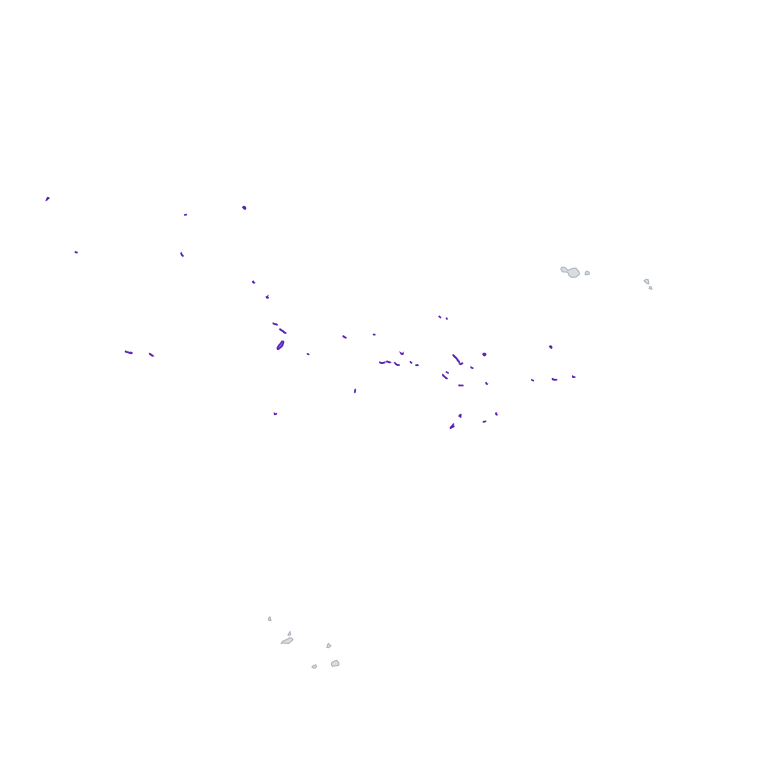 French Polynesia, with Tuamotu-Gambier highlighted, rotated 166°
{"feature_id": "PYF-4965", "entity_name": "Tuamotu-Gambier", "entity_type": "state/province", "adm_level": 1, "iso_a3": "PYF", "parent_name": "French Polynesia", "parent_adm1": "", "projection": "albers", "projection_center": [-142.294, -18.652], "detail": "fine", "context": "in_parent", "style": "filled", "palette": "violet", "viewbox_px": 768, "rotation_deg": 166, "n_neighbors": 0, "source": "natural_earth", "source_scale": "10m", "svg_char_len": 7469}
<svg xmlns="http://www.w3.org/2000/svg" viewBox="0 0 768 768"><g transform="rotate(166 384 384)"><path d="M178.7,448.1L183.7,449.6L184.7,452.3L183.7,454.2L181.2,453.8L179.9,452.9L178.0,449.7L173.2,450.6L169.8,450.1L167.8,445.9L167.7,444.0L168.4,442.8L171.9,441.4L176.4,442.1L178.2,444.5L178.7,448.1ZM539.4,155.3L544.7,157.2L546.4,157.1L544.7,158.9L539.3,159.8L537.5,160.6L535.3,160.0L534.2,157.9L539.4,155.3ZM501.8,126.5L498.3,127.3L496.6,127.2L495.3,124.2L495.8,122.4L496.4,121.9L502.4,122.6L502.9,124.0L502.8,125.2L501.8,126.5ZM105.1,421.9L103.8,422.0L102.5,421.5L102.6,417.8L102.9,417.0L104.9,418.2L106.7,421.3L105.1,421.9ZM161.5,443.6L160.4,444.5L158.9,443.9L158.3,443.1L158.0,442.1L158.3,440.9L161.5,441.0L162.4,441.4L161.5,443.6ZM520.6,127.9L518.2,128.1L517.8,126.3L518.6,125.4L519.6,125.0L521.4,125.6L522.3,126.3L522.2,127.0L520.6,127.9ZM501.5,145.0L500.7,145.7L499.3,143.5L499.0,142.6L501.7,141.5L503.1,142.1L501.5,145.0ZM310.1,395.0L310.3,395.6L309.6,395.6L308.2,393.7L307.7,392.2L306.9,390.4L305.7,389.1L305.6,387.9L305.5,386.0L306.9,388.9L308.1,391.2L309.0,393.1L310.1,395.0ZM472.4,449.6L472.6,450.3L471.3,450.2L471.0,450.0L471.0,448.7L471.9,447.1L472.6,445.8L474.1,444.6L476.7,443.4L478.0,442.9L478.4,443.2L477.9,443.4L473.6,445.9L472.2,447.7L471.6,449.0L471.7,449.4L472.4,449.6ZM552.2,185.0L550.9,185.6L550.9,181.7L552.6,182.5L553.2,183.1L552.9,184.2L552.2,185.0ZM471.6,461.7L471.8,462.7L470.6,462.1L469.4,460.2L467.2,457.9L466.7,457.0L468.4,457.9L469.4,459.2L471.6,461.7ZM102.8,414.0L102.1,414.3L101.4,413.7L101.1,412.7L101.2,411.1L103.0,412.0L103.7,412.7L102.8,414.0ZM537.9,163.7L535.2,166.5L535.2,163.5L536.2,163.1L537.1,163.1L537.9,163.7ZM627.3,477.9L626.6,478.6L626.5,477.9L625.6,477.5L624.3,476.6L622.5,475.7L621.5,475.5L621.0,475.0L621.7,474.7L622.8,475.2L624.4,476.0L626.2,476.9L627.3,477.9ZM325.0,377.5L324.8,379.2L324.1,377.6L321.9,375.1L321.1,374.0L322.1,374.2L325.0,377.5ZM476.5,468.7L477.0,470.0L476.1,469.4L473.5,468.1L473.2,467.0L476.5,468.7ZM381.4,404.6L383.3,406.4L380.8,405.2L377.6,404.7L378.8,404.4L380.5,404.4L381.4,404.6ZM376.8,405.2L375.5,405.4L372.1,403.3L373.4,403.3L375.3,404.6L376.8,405.2ZM604.2,469.8L604.2,470.5L601.0,466.9L602.3,467.2L604.2,469.8ZM549.6,559.8L548.6,560.4L548.9,559.5L548.2,557.5L547.5,557.2L548.2,556.6L549.3,558.2L549.6,559.8ZM413.6,385.5L413.0,385.9L413.8,383.0L414.7,382.7L413.6,385.5Z" fill="#d9dde1" stroke="#a8b0b8" stroke-width="1"/><path d="M476.9,446.9L475.3,447.9L474.2,448.7L473.2,449.7L472.9,449.9L472.3,449.9L471.8,449.8L471.5,449.6L471.4,449.1L471.6,448.7L472.0,447.8L472.7,447.1L473.4,445.8L474.6,445.0L477.2,443.9L477.9,443.4L478.8,443.5L479.0,444.2L478.7,445.0L478.0,445.6L476.9,446.9ZM475.9,587.8L476.5,587.3L477.2,587.8L478.2,589.5L477.3,590.1L476.3,589.7L475.8,588.9L475.9,587.8ZM278.6,387.6L279.6,387.2L280.3,387.7L280.7,388.6L280.3,389.5L279.3,389.4L278.5,389.0L278.1,388.4L278.6,387.6ZM310.3,395.6L309.6,395.2L308.6,393.2L307.7,392.2L306.9,390.4L306.4,388.6L305.8,387.8L305.5,386.0L305.6,386.6L305.9,387.4L306.3,388.2L306.7,388.5L306.9,388.9L307.2,390.8L307.4,391.2L307.5,391.5L309.0,393.1L309.9,395.2L310.3,395.6ZM213.4,380.6L212.7,380.2L212.4,379.3L212.5,378.6L212.9,378.3L213.1,378.5L213.5,379.3L213.8,379.6L214.1,379.9L214.1,380.2L213.8,380.5L213.4,380.6ZM325.9,328.7L327.6,327.0L329.2,326.1L329.9,325.3L329.1,325.7L327.6,325.8L325.9,326.3L326.5,325.9L327.3,325.6L328.9,325.5L329.6,325.1L330.0,324.9L330.2,325.1L330.2,325.4L330.1,325.6L329.4,326.2L328.3,326.8L328.0,327.0L327.6,327.2L326.5,328.3L325.9,328.7ZM471.8,462.8L471.0,461.5L469.4,460.2L468.6,458.7L468.2,458.3L466.7,457.0L467.0,457.2L468.4,457.9L469.3,459.5L470.0,460.3L470.9,461.0L471.6,461.8L471.8,462.8ZM664.3,645.3L665.0,645.3L666.1,644.4L666.9,644.2L666.6,644.7L665.4,646.1L665.1,646.1L664.8,645.9L664.3,645.6L664.3,645.3ZM219.5,348.9L219.2,348.4L218.8,347.9L218.1,347.4L217.2,346.9L214.9,346.3L216.4,346.4L217.9,346.7L219.2,347.5L219.5,348.9ZM383.3,406.4L380.9,404.8L379.1,404.9L377.6,404.7L380.5,404.5L381.4,404.7L382.1,405.2L383.3,406.4ZM604.2,470.5L601.0,466.9L601.9,467.4L602.9,468.4L603.9,469.5L604.2,470.5ZM324.8,379.2L324.1,377.6L322.2,374.7L321.1,374.0L322.1,374.2L322.6,374.8L323.5,376.5L324.4,377.5L324.7,378.2L324.8,379.2ZM368.3,401.8L368.1,401.7L367.2,400.1L366.1,399.3L364.9,398.9L364.2,398.6L364.3,398.6L365.0,398.8L366.1,398.9L366.7,399.2L367.7,400.3L368.1,401.0L368.3,401.8ZM626.6,478.7L626.6,478.4L626.6,478.2L626.5,477.9L626.3,477.6L626.0,477.4L625.6,477.2L624.6,476.8L624.3,476.7L624.1,476.5L623.9,476.3L623.6,476.0L622.0,475.0L621.6,474.9L621.5,475.1L621.5,475.4L621.5,475.5L621.4,475.4L621.3,475.2L621.2,475.1L621.7,474.8L622.8,475.2L623.8,475.9L624.3,476.5L626.0,477.2L626.9,477.9L626.6,478.7ZM411.4,440.9L411.8,440.2L409.3,437.7L410.2,438.2L411.4,439.1L412.1,440.1L411.4,440.9ZM305.5,385.0L302.2,385.3L304.0,384.6L304.9,384.5L305.5,385.0ZM319.3,334.3L318.9,334.8L318.3,335.3L317.6,335.6L317.0,335.8L316.9,335.4L317.2,334.4L318.0,332.8L317.4,334.6L317.2,335.5L317.9,335.3L319.3,334.3ZM376.8,405.2L375.1,405.1L373.7,404.0L372.3,403.3L373.5,403.5L375.5,405.0L376.8,405.2ZM310.6,364.1L311.1,364.1L311.4,364.2L311.5,364.4L311.3,364.7L310.6,364.2L308.3,363.8L307.3,363.2L309.7,363.9L310.6,364.1ZM485.4,513.6L485.6,513.5L486.0,513.7L486.4,514.0L486.6,514.4L486.6,514.9L486.3,515.2L485.9,515.3L485.4,515.4L486.0,515.0L486.3,514.6L486.2,514.2L485.4,513.6ZM651.9,587.2L649.6,585.6L650.4,585.7L651.0,586.0L651.5,586.5L651.9,587.2ZM548.6,560.5L549.1,559.9L549.2,559.5L548.4,557.3L548.3,557.1L548.1,557.0L547.5,557.2L548.0,557.0L548.2,556.9L548.4,557.0L549.1,558.2L549.3,559.8L548.6,560.5ZM477.0,470.0L476.9,469.9L476.7,469.5L476.2,469.1L474.2,468.1L473.6,467.6L473.3,467.2L473.2,467.0L474.1,467.7L476.5,469.1L476.7,469.5L477.0,470.0ZM199.0,345.8L198.3,345.0L196.7,344.4L197.6,344.5L198.5,344.8L199.2,345.2L199.0,345.8ZM281.8,329.1L282.2,328.3L282.4,327.5L281.3,326.8L282.3,326.9L282.7,327.6L282.6,328.4L281.8,329.1ZM358.3,408.6L359.2,408.4L359.8,408.8L360.1,409.5L360.2,409.9L359.8,409.5L359.4,408.8L358.8,408.5L358.1,409.2L358.1,408.9L358.3,408.6ZM475.0,496.1L475.9,495.5L476.8,496.0L477.1,496.8L476.2,497.1L476.8,496.4L476.4,496.0L475.6,495.9L475.0,496.1ZM497.4,381.6L497.1,381.1L496.2,381.0L495.2,381.6L495.9,380.9L496.8,380.8L497.5,381.0L497.4,381.6ZM348.9,394.8L347.7,394.4L347.0,394.5L346.7,394.1L346.9,394.1L347.0,394.2L347.0,394.3L347.5,394.1L348.1,394.2L348.5,394.5L348.9,394.8ZM413.0,385.9L413.3,385.1L413.7,384.2L414.2,383.3L414.7,382.7L413.0,385.9ZM296.2,324.0L296.3,323.3L295.7,323.2L293.8,323.3L295.7,323.0L296.6,323.1L296.2,324.0ZM314.5,436.8L312.6,434.4L313.1,434.8L313.6,435.3L314.5,436.8ZM295.4,379.2L293.6,377.5L294.9,378.3L295.5,378.9L295.4,379.2ZM353.0,399.7L352.9,399.0L352.8,398.7L351.7,397.5L352.3,397.8L352.8,398.4L353.1,399.1L353.0,399.7ZM382.5,435.0L381.7,434.4L380.4,434.1L381.0,434.0L381.7,434.2L382.2,434.5L382.5,435.0ZM537.2,596.3L534.4,596.3L535.1,596.0L535.8,596.1L536.5,596.3L537.2,596.3ZM307.6,433.3L307.3,432.8L307.2,432.3L307.1,431.8L307.1,431.2L307.6,433.3ZM450.8,431.7L450.7,431.5L450.3,431.2L449.8,431.0L449.3,431.0L450.0,430.9L450.6,431.2L450.9,431.7L450.9,431.8L450.9,432.3L450.9,432.5L450.9,432.4L450.8,431.7ZM284.7,360.2L284.4,361.3L284.6,360.6L284.7,359.8L284.6,359.5L284.4,359.2L284.2,359.1L283.9,359.0L284.0,358.9L284.3,359.1L284.5,359.2L284.6,359.4L284.8,359.8L284.7,360.2ZM240.2,352.7L238.3,351.3L237.7,350.9L238.4,351.2L239.0,351.7L240.2,352.7ZM321.0,381.0L318.6,378.8L319.1,379.1L321.0,381.0Z" fill="#8b5cf6" stroke="#5b21b6" stroke-width="1.5"/></g></svg>